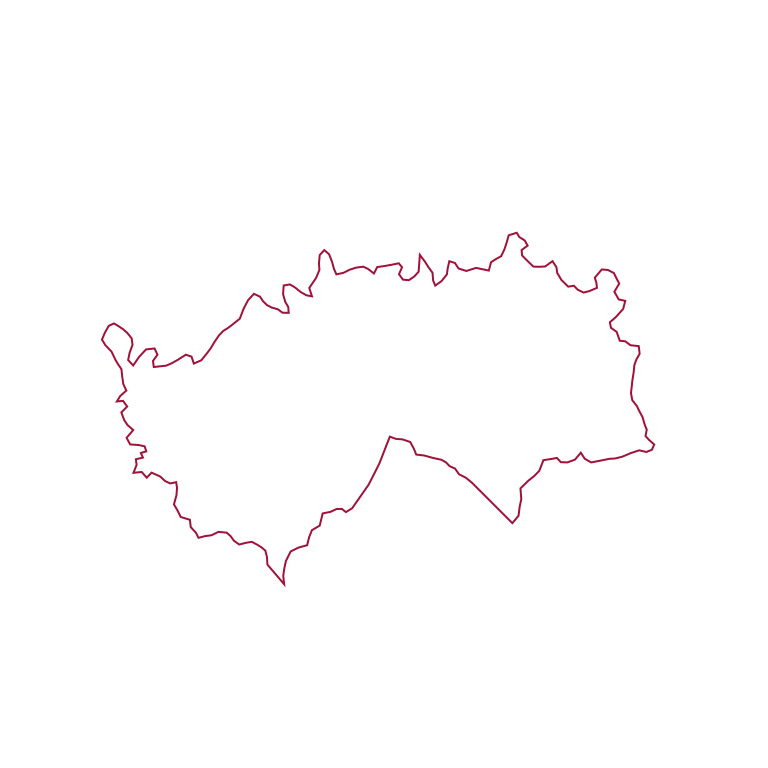 outline of Arroio do Tigre, Rio Grande do Sul, Brazil, rotated 44°
{"feature_id": "56859067B46715985023238", "entity_name": "Arroio do Tigre", "entity_type": "district", "adm_level": 2, "iso_a3": "BRA", "parent_name": "Brazil", "parent_adm1": "Rio Grande do Sul", "projection": "robinson", "projection_center": [-53.063, -29.255], "detail": "fine", "context": "isolated", "style": "outline", "palette": "rose", "viewbox_px": 768, "rotation_deg": 44, "n_neighbors": 0, "source": "geoboundaries", "source_scale": "gbopen_adm2", "svg_char_len": 3441}
<svg xmlns="http://www.w3.org/2000/svg" viewBox="0 0 768 768"><g transform="rotate(44 384 384)"><path d="M483.5,148.4L478.4,146.7L472.3,144.5L465.9,146.4L461.1,150.3L461.8,161.1L466.4,163.6L470.4,166.9L467.1,174.7L464.0,179.6L457.8,181.6L452.4,181.4L448.9,186.0L439.3,185.9L431.5,183.8L426.9,180.2L419.9,178.6L418.3,187.5L414.4,191.7L409.9,195.8L401.5,195.8L394.0,195.6L389.9,192.0L391.2,184.7L385.5,183.0L379.3,184.3L374.4,183.0L370.4,190.4L373.8,196.7L377.1,203.5L379.5,210.7L377.7,216.4L376.4,222.0L380.6,229.6L369.6,236.5L364.7,245.5L357.4,249.1L350.9,247.7L345.7,250.3L349.5,256.6L353.1,261.5L353.9,270.0L352.5,277.6L347.4,275.4L341.7,270.3L334.4,269.0L328.2,267.5L320.1,266.2L326.5,273.9L330.9,279.2L331.1,285.5L329.8,292.0L325.1,295.8L318.5,294.6L315.9,287.5L310.8,286.9L307.0,292.4L302.8,298.3L297.9,304.6L300.0,311.5L292.7,312.3L287.6,314.0L283.3,319.4L280.0,325.4L277.6,332.2L273.6,338.2L267.9,335.9L261.6,332.1L254.3,328.8L248.0,329.2L248.2,335.9L253.4,342.4L258.3,346.8L261.5,355.0L263.5,366.8L271.3,371.0L266.5,374.1L260.3,375.7L252.7,376.4L247.2,377.7L243.4,382.8L248.9,389.4L255.8,393.5L261.6,395.1L266.0,399.0L261.5,403.2L255.6,404.0L250.2,407.0L245.1,408.5L239.4,408.5L234.2,407.3L227.8,409.5L228.0,418.1L230.8,427.6L234.9,437.2L233.9,445.1L232.9,451.8L231.5,457.6L231.5,463.6L232.9,471.7L234.6,479.0L235.4,485.6L236.1,493.9L233.0,501.4L226.5,498.0L221.1,500.6L218.9,509.8L216.8,516.8L214.5,522.2L206.6,531.7L201.8,527.9L200.7,520.3L194.3,517.8L188.8,524.4L189.0,534.6L190.7,544.9L183.3,544.5L179.3,538.2L175.9,530.5L170.7,526.4L163.6,525.6L158.6,525.8L152.8,526.8L147.7,528.0L145.6,533.3L147.7,541.4L150.3,548.0L156.6,549.6L165.6,550.0L173.8,553.1L179.7,554.7L184.8,555.7L190.5,560.5L196.6,565.2L203.2,567.7L202.6,576.0L204.0,582.1L208.0,577.4L214.9,578.6L214.8,586.9L222.1,590.4L228.0,591.7L235.6,591.3L236.2,601.5L243.4,603.8L249.8,598.4L255.1,595.1L259.8,597.6L257.0,602.5L261.7,604.4L257.8,610.5L262.2,614.0L265.5,621.9L270.8,615.6L278.4,616.2L278.4,609.2L287.3,606.0L293.8,605.9L299.2,604.1L302.7,599.0L307.3,602.5L312.0,608.2L316.5,616.5L323.6,618.5L330.1,620.9L338.7,616.5L344.4,621.2L351.9,621.6L357.4,623.5L360.9,617.8L365.0,612.6L367.6,605.4L374.1,600.2L379.5,600.0L384.9,601.0L391.4,600.0L394.9,594.3L398.5,589.4L403.9,587.8L409.4,586.6L414.4,586.3L419.9,589.7L425.6,594.9L451.3,597.4L444.8,592.0L441.0,586.8L436.4,579.5L433.2,569.3L436.1,561.1L440.7,553.4L436.7,546.5L433.7,539.2L436.1,530.5L429.8,519.7L434.4,513.0L436.7,506.9L440.5,503.1L445.6,502.6L447.4,495.5L442.9,467.2L438.2,451.8L435.8,444.2L428.2,426.1L424.8,417.8L430.7,415.2L435.6,411.1L443.1,407.5L450.2,409.7L456.2,412.4L462.6,407.5L470.5,403.2L478.0,398.6L483.0,397.3L488.3,397.5L493.8,395.5L500.8,396.8L507.8,394.6L516.0,393.9L573.0,394.9L572.3,385.3L566.8,378.0L562.8,371.5L554.7,364.3L555.0,353.4L556.0,345.5L556.0,338.5L553.8,333.3L551.6,328.0L556.3,321.9L559.7,317.1L565.5,317.4L570.3,313.1L573.9,305.8L573.3,296.7L580.3,298.3L587.5,296.5L592.9,288.8L598.0,281.4L602.0,277.0L606.0,270.6L609.6,262.1L613.7,254.4L619.9,250.7L622.4,245.2L620.4,239.8L613.8,240.1L608.3,239.8L604.7,234.3L599.9,232.2L592.9,228.2L586.0,226.0L581.2,224.2L573.9,223.2L568.0,219.0L564.1,213.9L559.9,208.5L555.5,202.2L550.9,196.4L548.5,191.0L546.9,184.7L540.9,179.8L534.4,184.9L527.9,185.7L523.5,189.1L515.2,184.9L508.2,185.9L503.6,182.7L504.3,174.7L503.9,163.9L499.8,156.6L494.1,160.1L485.6,157.6L483.5,148.4Z" fill="none" stroke="#9f1239" stroke-width="2"/></g></svg>